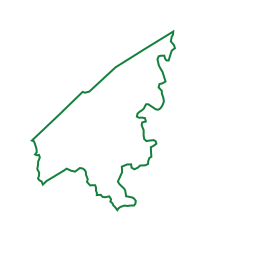 Três Ranchos, Goiás, Brazil, rotated 315°
{"feature_id": "56859067B84433835095202", "entity_name": "Três Ranchos", "entity_type": "district", "adm_level": 2, "iso_a3": "BRA", "parent_name": "Brazil", "parent_adm1": "Goiás", "projection": "mercator", "projection_center": [-47.783, -18.367], "detail": "fine", "context": "isolated", "style": "outline", "palette": "green", "viewbox_px": 256, "rotation_deg": 315, "n_neighbors": 0, "source": "geoboundaries", "source_scale": "gbopen_adm2", "svg_char_len": 1807}
<svg xmlns="http://www.w3.org/2000/svg" viewBox="0 0 256 256"><g transform="rotate(315 128 128)"><path d="M228.2,91.8L194.0,83.6L190.4,82.8L162.2,76.3L126.4,74.9L122.5,72.6L121.5,70.4L94.6,70.0L91.7,70.0L51.2,68.9L52.1,70.9L50.4,74.6L48.3,78.4L46.3,80.6L43.6,81.0L44.4,83.0L46.0,84.1L44.9,86.4L43.1,87.3L40.9,88.1L38.4,90.4L34.8,92.9L33.6,96.8L31.1,98.9L28.6,100.2L28.4,102.3L29.1,104.6L27.8,107.8L33.0,107.9L52.2,112.7L55.9,113.4L57.4,117.7L59.7,121.4L65.7,122.3L67.3,124.6L67.7,127.1L67.1,129.3L65.3,131.3L63.3,135.8L60.9,137.1L60.7,139.6L60.7,141.9L62.6,143.5L64.3,145.3L63.2,147.5L61.0,149.7L60.2,151.8L58.5,153.4L61.5,156.0L61.3,158.7L62.8,160.7L66.4,163.1L65.7,166.4L63.5,167.6L63.8,170.1L62.9,172.3L62.9,175.0L62.4,178.5L64.3,178.1L66.7,178.4L70.6,180.3L72.5,182.8L74.6,184.3L77.5,187.1L79.8,186.7L82.0,185.0L82.4,181.9L81.8,180.0L78.4,174.9L81.6,170.6L82.4,168.4L82.3,164.3L82.3,161.4L83.0,158.7L92.6,155.1L96.3,151.0L101.5,153.1L104.5,155.9L102.5,158.5L103.3,161.7L106.9,163.0L110.0,163.1L113.8,166.6L116.8,167.6L118.7,165.8L122.0,164.3L124.1,164.9L128.1,160.4L130.6,157.7L133.0,158.6L137.0,159.2L138.2,156.9L137.6,154.8L133.8,151.7L131.8,150.3L131.7,147.2L133.8,144.3L137.6,140.5L138.6,138.0L139.6,135.7L141.9,134.1L145.2,136.0L147.0,133.1L145.3,130.6L143.1,128.6L142.3,126.2L144.8,124.6L147.7,124.7L150.3,125.3L152.7,125.5L157.5,124.0L159.1,125.5L160.9,134.6L162.4,136.5L164.5,137.0L166.5,136.8L169.3,136.0L171.8,134.8L173.3,133.2L174.9,130.6L176.1,127.9L178.2,125.5L178.3,121.0L181.3,119.2L184.0,120.8L187.4,121.7L192.0,112.9L193.3,107.9L194.2,105.3L197.5,100.2L200.4,99.0L202.3,100.1L204.8,102.5L203.3,105.1L203.0,107.5L204.5,109.0L210.5,105.8L213.7,104.2L217.6,104.8L219.1,102.0L219.5,97.1L221.4,95.8L223.2,94.5L225.8,93.8L228.2,91.8Z" fill="none" stroke="#15803d" stroke-width="2"/></g></svg>